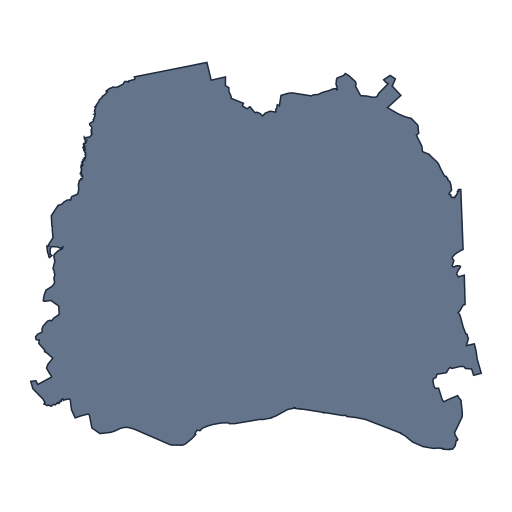 the district of Remtes pag., Brocenu, Latvia
{"feature_id": "27541924B53192236746311", "entity_name": "Remtes pag.", "entity_type": "district", "adm_level": 2, "iso_a3": "LVA", "parent_name": "Latvia", "parent_adm1": "Brocenu", "projection": "orthographic", "projection_center": [22.675, 56.753], "detail": "fine", "context": "isolated", "style": "filled", "palette": "slate", "viewbox_px": 512, "rotation_deg": 0, "n_neighbors": 0, "source": "geoboundaries", "source_scale": "gbopen_adm2", "svg_char_len": 5808}
<svg xmlns="http://www.w3.org/2000/svg" viewBox="0 0 512 512"><path d="M46.0,290.1L44.3,294.7L43.2,300.5L43.5,301.0L44.8,301.3L50.9,300.5L58.7,306.0L59.2,314.4L53.6,318.2L51.6,320.8L50.3,320.3L47.5,321.1L43.3,325.9L42.5,327.4L42.1,328.7L42.1,331.3L41.8,332.2L37.5,334.3L35.6,336.8L35.7,338.0L36.1,339.5L37.1,340.0L39.2,339.9L39.1,341.6L38.7,343.0L38.9,343.6L44.2,349.6L45.0,350.9L44.5,351.7L46.3,352.5L52.8,358.2L47.9,364.3L46.5,368.1L50.0,374.2L50.3,374.2L51.6,377.0L37.7,384.5L36.0,380.8L30.7,381.3L32.9,388.8L42.9,399.0L45.0,402.7L44.0,403.8L44.0,404.3L45.4,404.4L47.0,405.6L48.8,405.1L50.8,406.2L52.0,405.9L52.4,405.2L53.3,404.4L55.3,404.9L57.6,402.4L58.0,402.5L57.8,403.4L59.0,403.4L60.1,401.7L61.1,401.4L60.6,400.7L61.5,400.5L61.3,399.7L62.7,398.9L63.2,399.0L62.9,399.6L63.7,400.4L64.2,399.9L67.9,399.2L68.3,398.8L70.2,399.5L71.5,409.8L75.2,417.9L81.2,415.8L88.4,414.0L89.4,415.2L91.9,427.9L99.9,433.6L110.4,432.4L114.4,431.2L120.1,428.5L123.0,427.7L125.8,427.3L128.8,427.6L133.9,429.0L170.8,445.0L182.3,445.2L185.2,444.1L191.9,438.6L195.8,434.5L194.9,433.6L197.0,430.2L200.0,430.7L202.4,428.2L207.7,426.0L212.8,424.5L221.1,423.0L227.9,422.8L229.6,423.7L234.9,423.6L260.3,419.3L262.3,419.6L271.7,417.9L271.6,417.4L275.3,416.3L287.6,409.5L293.6,408.3L293.7,407.6L295.3,407.6L295.2,408.4L300.8,409.2L300.9,408.9L320.9,412.0L323.8,412.9L323.8,412.4L342.4,415.5L345.9,415.3L346.6,416.5L355.2,417.4L365.3,419.4L401.0,433.2L400.8,433.5L404.8,435.6L412.5,442.0L423.0,446.6L433.3,448.4L438.4,448.1L442.8,448.4L442.8,449.2L449.7,449.6L449.7,449.0L452.6,449.2L455.1,446.0L456.3,440.4L457.5,440.3L457.8,439.6L455.1,434.8L454.6,432.7L462.2,416.8L462.3,412.7L461.0,400.7L461.1,400.4L458.6,397.4L457.6,395.6L448.1,399.6L443.8,401.8L442.2,399.6L438.6,388.2L435.3,388.4L434.0,386.3L432.8,380.5L433.4,378.9L436.0,377.4L436.9,374.3L446.4,372.7L448.3,369.4L450.2,367.3L451.8,368.5L459.9,366.5L463.8,366.5L465.4,368.5L471.6,369.0L473.6,375.3L481.3,373.3L477.2,359.2L476.0,350.5L474.3,343.8L466.5,345.6L468.4,338.3L467.6,336.9L467.2,334.4L465.9,334.0L463.3,327.4L460.3,316.2L459.6,314.5L458.1,312.5L459.7,311.1L463.2,305.0L465.1,304.6L464.3,275.2L458.2,276.8L456.5,273.4L460.5,266.7L460.0,266.0L458.2,265.7L456.1,265.8L454.3,266.9L452.7,266.6L452.2,265.9L453.9,260.5L452.1,258.2L452.8,256.6L455.1,254.1L460.4,250.7L463.1,249.5L460.8,189.5L458.8,189.4L458.0,190.2L458.6,191.4L457.4,191.7L457.6,192.5L457.5,193.1L456.4,194.8L456.3,195.7L455.1,196.1L454.9,197.5L454.1,197.9L453.3,197.2L451.9,197.4L451.1,197.0L450.8,194.8L449.1,194.5L449.1,193.7L450.2,191.9L451.6,190.1L450.9,184.9L449.8,181.6L447.6,179.6L447.8,178.7L445.9,176.2L444.6,176.2L440.5,168.5L438.6,164.1L437.2,162.1L429.2,154.7L429.3,154.4L422.5,151.6L421.8,146.0L416.4,135.3L418.8,133.1L418.2,129.3L418.1,126.5L417.8,125.2L411.3,118.4L404.9,116.7L397.9,113.7L387.5,107.6L400.9,95.4L392.2,86.1L395.4,78.9L390.1,75.4L383.6,79.8L386.0,82.5L388.1,83.8L378.8,93.2L376.9,96.6L376.0,97.1L372.3,97.2L366.6,96.0L360.6,95.7L355.5,86.1L356.1,84.0L355.5,81.7L348.7,75.5L345.3,73.5L343.5,75.6L337.1,78.0L336.5,79.4L336.0,84.1L337.1,87.6L337.2,89.8L336.8,89.8L335.6,88.6L332.6,89.0L329.4,90.5L322.4,92.4L318.2,94.5L313.6,94.8L311.3,95.9L292.5,92.9L288.4,93.2L281.0,95.4L279.4,105.7L277.3,104.7L276.7,108.2L275.7,109.4L276.1,111.9L275.7,112.1L270.1,111.2L265.3,113.1L262.7,115.9L259.7,113.3L256.7,112.2L256.1,112.6L254.6,112.4L250.1,106.8L249.5,106.9L247.2,108.8L242.4,106.0L243.5,103.3L231.1,98.3L231.1,96.3L228.9,91.4L228.9,87.7L225.4,85.7L225.5,76.9L211.2,80.2L206.9,62.4L134.3,76.9L135.0,78.5L134.6,79.4L128.6,81.0L128.3,81.3L128.3,82.0L126.8,81.5L124.8,81.5L124.3,82.0L123.3,84.0L117.6,87.0L115.2,87.4L112.8,87.0L110.6,88.3L109.8,88.3L106.3,90.8L106.1,91.2L106.3,91.6L107.3,91.8L105.5,94.1L103.2,95.9L102.6,96.0L101.5,98.0L99.3,99.9L99.0,101.1L96.3,105.1L96.1,106.3L95.7,106.1L94.8,106.9L95.5,108.3L95.1,109.6L94.6,110.1L94.7,111.1L94.5,111.6L94.8,111.8L95.2,113.2L95.1,113.6L93.9,114.3L95.1,115.0L94.9,115.9L95.0,116.5L94.3,117.2L93.8,118.9L93.2,119.5L93.5,120.3L93.4,121.3L89.6,123.5L89.8,124.2L89.7,124.9L91.9,127.2L91.8,129.0L91.1,129.9L91.7,130.5L91.3,131.3L91.6,131.7L91.2,132.1L91.5,132.5L91.4,133.3L92.1,133.9L91.4,134.4L91.4,135.1L89.9,136.9L88.9,137.2L88.2,137.0L87.4,137.7L86.8,137.4L84.8,137.7L84.3,137.2L84.4,138.6L85.0,139.1L84.8,139.6L86.7,140.4L86.0,141.7L85.2,141.6L85.1,142.0L85.8,142.5L85.7,143.2L85.0,143.1L84.7,143.7L83.8,143.5L83.3,144.2L83.8,145.2L85.1,146.4L84.9,147.0L83.6,146.5L83.5,147.0L82.9,147.4L83.0,147.8L83.7,148.3L83.7,149.2L84.1,148.9L85.3,149.0L85.3,149.7L84.9,149.6L84.7,150.3L84.1,150.8L84.7,152.1L85.5,152.5L85.5,154.0L85.1,154.3L85.6,154.7L85.4,155.3L85.6,156.7L84.4,157.8L85.3,157.9L85.3,158.3L84.2,158.8L84.6,160.0L83.0,159.8L82.9,160.3L83.4,160.4L83.1,160.9L83.2,161.4L82.8,161.9L82.0,161.8L81.7,162.1L82.6,163.3L82.5,164.0L81.4,164.3L81.4,164.8L82.8,165.3L82.9,165.8L80.9,166.3L81.1,166.7L80.9,167.8L81.7,168.6L81.3,169.9L81.7,170.3L81.1,171.1L81.2,171.7L81.0,172.0L81.4,172.7L80.3,173.1L80.2,173.7L80.6,174.0L81.0,173.4L81.5,173.5L81.2,174.1L81.2,175.2L81.4,175.5L81.8,175.2L82.4,175.5L81.8,176.3L82.4,176.5L82.5,178.2L82.1,179.0L80.8,178.8L80.8,179.9L79.5,180.2L79.3,180.7L79.2,181.7L78.4,184.1L78.7,189.7L77.6,194.1L72.1,196.4L71.1,197.6L70.9,198.6L71.1,199.4L70.4,200.3L69.4,199.8L67.2,200.1L63.9,202.0L62.2,203.8L60.9,204.6L58.1,205.3L51.3,215.7L51.9,226.3L52.5,227.0L52.2,229.0L53.0,237.6L48.5,244.8L49.2,245.9L46.8,246.0L47.6,252.5L48.6,254.8L48.7,256.7L49.6,257.6L51.9,255.5L50.3,254.1L50.1,251.6L50.2,249.2L51.4,246.6L57.3,246.9L60.6,248.3L62.9,246.9L62.9,247.5L62.1,249.0L58.1,250.7L54.0,254.8L53.8,256.0L54.9,261.7L54.2,263.5L53.0,268.8L54.1,270.9L54.4,273.4L54.9,274.7L54.8,275.5L54.0,277.4L53.9,278.7L54.5,281.6L54.4,282.9L53.6,284.6L51.5,286.7L46.0,290.1Z" fill="#64748b" stroke="#1e293b" stroke-width="1.5"/></svg>